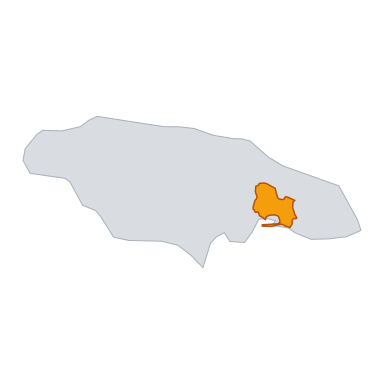 Jamaica, with Saint Andrew highlighted
{"feature_id": "JAM-1382", "entity_name": "Saint Andrew", "entity_type": "Parish", "adm_level": 1, "iso_a3": "JAM", "parent_name": "Jamaica", "parent_adm1": "", "projection": "natural_earth1", "projection_center": [-76.765, 18.048], "detail": "fine", "context": "in_parent", "style": "filled", "palette": "amber", "viewbox_px": 384, "rotation_deg": 0, "n_neighbors": 0, "source": "natural_earth", "source_scale": "10m", "svg_char_len": 2017}
<svg xmlns="http://www.w3.org/2000/svg" viewBox="0 0 384 384"><path d="M194.2,128.5L213.5,135.3L233.5,138.7L242.1,138.9L250.2,141.1L268.5,157.2L283.1,166.0L338.8,185.8L357.5,219.8L361.0,230.4L346.6,236.7L328.4,238.9L311.1,239.3L295.1,232.8L288.1,227.8L271.5,225.4L275.6,220.8L268.2,218.7L258.9,219.1L252.1,232.2L244.5,242.5L229.9,241.5L224.3,232.7L216.6,236.7L210.5,243.2L203.0,267.6L191.1,255.5L178.2,245.4L161.9,241.2L129.1,240.5L113.6,237.2L100.7,216.6L95.7,210.6L82.7,205.3L69.8,181.7L65.2,178.4L30.2,173.4L23.0,160.4L25.2,148.7L36.9,134.4L42.6,130.3L62.0,130.9L80.5,126.6L88.6,120.4L97.1,116.4L164.0,126.7L179.4,126.8L194.2,128.5Z" fill="#d9dde1" stroke="#a8b0b8" stroke-width="1"/><path d="M265.4,219.5L264.4,218.8L261.5,216.8L259.4,215.7L258.9,213.5L257.9,211.8L257.4,211.9L256.6,212.3L256.2,212.4L255.8,212.4L255.4,212.3L255.1,212.0L254.9,211.6L254.6,210.7L254.4,210.4L254.3,210.2L253.1,209.1L253.1,208.0L253.3,206.4L254.3,202.6L254.8,201.0L255.3,200.0L255.6,199.8L255.9,199.5L256.2,199.1L256.4,198.7L257.0,197.3L257.0,196.6L256.8,195.7L255.8,193.3L255.5,192.1L255.4,191.3L255.8,186.4L258.0,185.4L258.3,185.1L258.7,184.6L258.9,184.1L259.1,183.7L259.7,183.4L260.7,183.2L262.7,183.2L263.6,183.0L266.3,183.5L275.1,188.3L276.1,192.1L276.1,192.5L277.6,197.2L277.8,197.6L278.2,198.4L278.8,198.8L279.9,199.1L281.9,199.6L283.5,199.3L284.3,198.9L284.6,198.4L285.0,197.4L285.2,197.0L285.5,196.7L287.6,197.1L294.7,200.4L293.3,201.9L293.0,203.1L292.8,204.6L292.7,207.5L292.9,208.6L293.3,209.7L293.7,210.5L294.6,214.0L294.9,214.6L296.0,216.5L296.6,217.5L296.6,218.2L296.3,218.5L295.9,218.6L294.3,218.5L293.7,218.6L293.0,219.0L292.3,220.2L292.2,221.2L292.3,223.0L292.2,223.8L292.0,224.4L291.0,225.7L290.1,227.4L285.7,226.2L284.5,225.5L282.0,224.3L278.7,224.6L273.0,226.1L270.5,226.4L262.3,226.1L262.3,224.8L279.7,223.7L279.0,222.9L279.9,222.3L279.7,219.9L278.4,216.4L276.8,215.5L274.5,214.9L270.4,215.1L269.0,215.5L267.4,216.2L266.2,217.1L265.9,217.8L265.4,219.5Z" fill="#f59e0b" stroke="#b45309" stroke-width="1.5"/></svg>